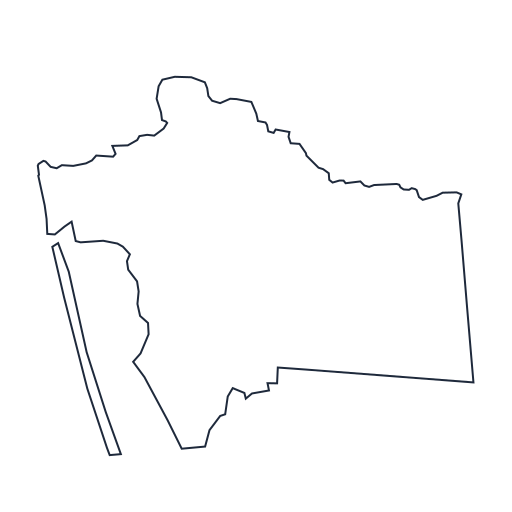 Cameron, Texas, United States of America, rotated 175°
{"feature_id": "52423323B19813922549461", "entity_name": "Cameron", "entity_type": "district", "adm_level": 2, "iso_a3": "USA", "parent_name": "United States of America", "parent_adm1": "Texas", "projection": "orthographic", "projection_center": [-97.444, 26.124], "detail": "fine", "context": "isolated", "style": "outline", "palette": "slate", "viewbox_px": 512, "rotation_deg": 175, "n_neighbors": 0, "source": "geoboundaries", "source_scale": "gbopen_adm2", "svg_char_len": 1762}
<svg xmlns="http://www.w3.org/2000/svg" viewBox="0 0 512 512"><g transform="rotate(175 256 256)"><path d="M50.4,111.1L50.2,187.4L49.9,252.1L49.9,258.4L49.9,290.8L46.1,299.5L50.6,301.9L64.5,302.8L70.9,300.2L85.0,297.4L88.5,300.5L90.2,307.6L91.6,308.8L95.0,310.0L97.8,308.6L103.1,309.4L106.1,311.8L107.1,314.5L109.6,315.5L132.2,316.4L137.3,315.0L141.9,316.8L145.5,321.2L160.4,320.7L162.2,323.5L166.2,323.9L173.3,322.5L176.4,325.5L176.3,332.1L181.6,336.7L186.0,338.5L197.0,351.6L197.3,354.1L202.9,363.9L211.6,365.3L213.2,371.9L211.9,376.6L225.4,380.3L227.7,377.1L232.9,379.1L233.6,385.6L234.9,388.2L242.3,390.3L243.3,397.8L245.6,405.0L247.2,409.9L261.7,414.0L268.0,414.9L278.4,411.4L286.2,414.5L289.5,419.5L290.0,427.4L291.8,433.5L304.9,439.7L321.3,441.6L333.9,439.8L338.2,433.6L341.3,421.3L338.1,407.3L337.8,399.6L334.1,397.9L332.9,396.3L336.9,391.0L346.9,384.8L353.9,386.2L361.7,385.6L364.2,381.9L374.1,377.4L389.5,378.2L387.0,370.0L389.7,367.4L406.4,370.0L411.1,365.5L417.3,363.1L430.2,361.7L441.5,363.4L446.9,360.8L452.8,362.7L457.4,368.5L459.5,369.3L464.6,366.6L465.5,365.0L465.1,355.8L465.9,355.0L462.1,324.9L461.4,311.2L462.0,296.2L454.5,295.0L444.2,302.0L436.7,306.3L434.3,286.6L429.5,284.9L406.9,284.5L393.0,280.5L387.8,276.9L381.5,268.7L385.0,262.1L384.5,253.5L376.7,241.1L376.0,230.9L378.3,218.6L376.7,206.4L369.4,198.7L369.8,187.4L379.5,169.0L387.6,161.3L377.7,145.1L358.3,99.9L346.8,70.5L323.3,70.6L317.5,86.6L305.6,99.8L300.5,101.0L296.4,118.5L290.7,126.4L279.5,120.6L278.6,114.8L272.0,119.4L254.8,120.9L255.6,128.3L246.1,127.3L244.0,143.0L216.0,138.5L50.4,111.1ZM407.9,70.4L419.3,113.7L433.1,175.0L443.9,256.7L452.0,286.1L458.1,282.9L450.8,231.5L435.6,138.6L421.2,77.9L419.1,70.4L407.9,70.4Z" fill="none" stroke="#1e293b" stroke-width="2"/></g></svg>